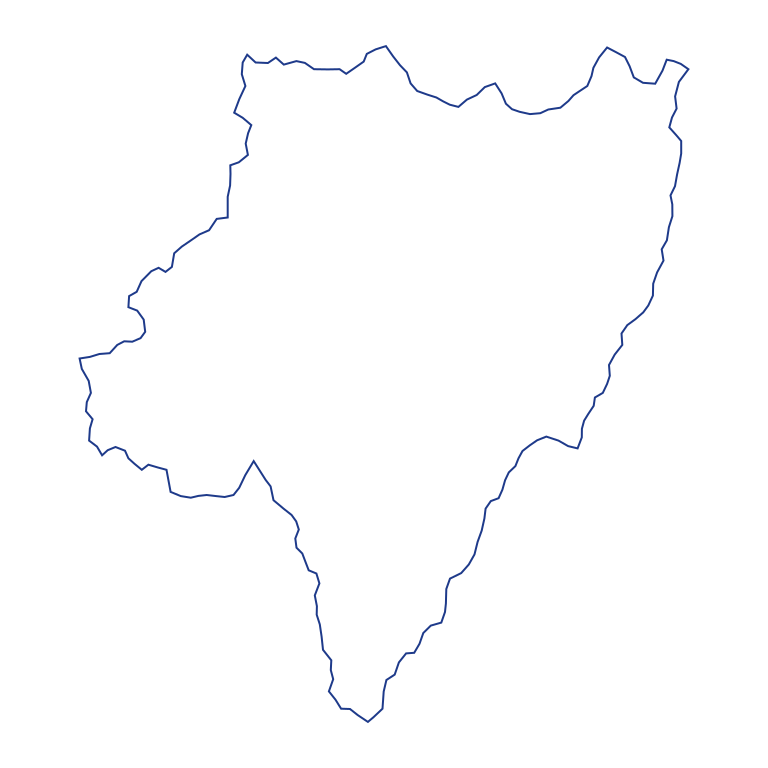 the district of Ervália, Minas Gerais, Brazil
{"feature_id": "56859067B63219191436637", "entity_name": "Ervália", "entity_type": "district", "adm_level": 2, "iso_a3": "BRA", "parent_name": "Brazil", "parent_adm1": "Minas Gerais", "projection": "natural_earth1", "projection_center": [-42.604, -20.87], "detail": "fine", "context": "isolated", "style": "outline", "palette": "blue", "viewbox_px": 768, "rotation_deg": 0, "n_neighbors": 0, "source": "geoboundaries", "source_scale": "gbopen_adm2", "svg_char_len": 2894}
<svg xmlns="http://www.w3.org/2000/svg" viewBox="0 0 768 768"><path d="M275.9,57.6L267.9,63.0L255.6,62.5L247.2,54.7L242.7,62.5L241.8,74.2L245.4,86.0L239.3,99.1L234.2,112.7L242.7,117.8L251.3,125.1L248.1,133.2L245.7,143.6L247.9,154.9L238.8,162.3L230.3,165.3L230.5,174.0L230.1,185.5L227.7,196.8L227.7,209.0L227.7,217.5L216.7,218.9L209.1,230.2L199.5,234.4L190.3,240.8L181.8,246.6L174.2,253.3L171.9,266.9L165.5,271.9L158.6,267.8L151.3,271.2L141.5,281.1L136.7,291.8L129.1,296.1L128.4,307.2L137.2,310.6L143.7,319.6L145.2,331.8L140.6,338.1L132.3,341.7L124.2,341.3L117.3,344.9L109.7,353.2L99.4,354.0L89.9,356.9L79.6,358.5L81.8,368.9L88.7,380.9L90.9,392.9L86.8,402.1L86.0,411.3L92.6,419.2L89.9,428.4L89.1,440.6L97.0,446.6L102.1,455.3L107.7,450.2L115.5,447.0L125.0,450.7L128.4,458.3L134.5,463.8L141.8,469.8L148.4,464.7L157.9,467.5L166.5,469.8L168.5,480.6L170.6,491.9L180.8,496.1L190.8,497.7L198.4,495.9L206.7,495.0L216.2,496.1L224.7,497.0L233.5,495.0L239.2,487.8L245.3,475.1L253.7,461.1L259.8,470.7L265.7,480.0L270.6,486.4L273.5,500.2L283.5,508.6L291.6,515.0L296.2,521.4L298.8,529.5L295.3,538.5L296.5,547.7L302.3,553.5L305.4,561.7L308.7,570.3L316.4,573.5L319.4,583.4L314.8,595.4L316.9,606.2L316.7,614.7L319.8,624.4L321.6,636.6L323.0,649.8L331.3,660.3L330.8,670.1L333.2,679.2L328.9,691.4L335.5,699.7L341.1,708.7L350.0,709.0L357.6,715.0L367.9,721.9L373.6,717.1L382.5,708.7L383.7,691.5L386.4,680.0L394.7,674.6L398.9,662.4L406.1,653.4L414.2,652.8L419.5,643.8L423.3,633.0L430.8,625.6L441.3,622.6L445.0,612.0L445.9,603.5L446.3,589.0L450.0,578.6L461.2,573.1L468.8,564.5L474.5,554.4L477.6,541.9L481.7,530.6L484.4,518.5L485.6,508.6L490.8,501.1L498.6,498.2L502.4,489.7L505.1,480.2L508.8,472.4L515.4,466.1L518.5,458.3L522.5,451.0L530.0,445.2L537.1,440.3L546.3,436.6L558.5,440.6L568.1,446.1L577.6,448.4L581.8,437.4L581.9,428.8L584.1,420.7L588.3,413.9L593.7,405.8L594.9,397.5L602.8,392.9L607.1,383.9L609.8,375.8L609.0,365.0L614.7,354.6L622.3,344.9L621.5,333.5L627.3,325.1L635.4,319.2L643.3,312.3L648.3,305.5L652.9,295.6L653.2,283.7L657.1,272.4L663.5,260.6L661.7,249.3L666.9,240.3L668.9,227.2L672.4,216.2L672.3,204.4L670.5,195.4L675.0,186.2L677.1,174.4L679.6,163.0L681.2,153.5L681.2,141.0L676.2,135.1L669.3,127.4L672.0,117.5L676.6,108.6L675.1,96.4L678.9,81.9L688.4,69.2L680.8,63.9L673.7,61.1L666.7,59.7L662.5,70.6L655.2,83.7L643.0,82.8L633.8,77.4L629.6,66.2L625.0,57.0L615.9,52.1L607.1,47.5L599.1,57.4L593.4,67.8L591.5,76.1L587.3,86.0L579.6,91.1L573.5,95.2L568.4,101.0L560.4,107.7L548.3,109.5L540.3,113.2L530.0,114.1L519.6,111.8L512.0,109.2L505.9,103.7L501.6,93.4L495.2,83.4L484.8,87.1L476.7,95.0L466.9,99.6L458.4,106.9L449.8,104.7L443.2,101.4L436.4,97.5L427.6,94.7L417.2,91.0L410.6,83.4L406.9,72.4L400.0,65.2L393.2,56.5L385.9,46.1L375.6,49.4L366.8,53.9L363.7,61.6L354.6,68.0L346.2,73.8L339.6,69.2L327.8,69.4L314.0,69.2L304.9,62.9L296.4,61.1L283.8,64.6L275.9,57.6Z" fill="none" stroke="#1e3a8a" stroke-width="2"/></svg>